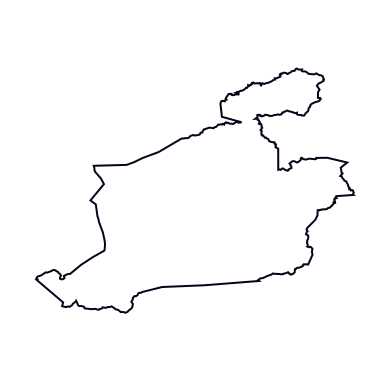 outline of Nawa, Bas-Sassandra, Ivory Coast, rotated 266°
{"feature_id": "98640826B56207519899242", "entity_name": "Nawa", "entity_type": "district", "adm_level": 2, "iso_a3": "CIV", "parent_name": "Ivory Coast", "parent_adm1": "Bas-Sassandra", "projection": "equal_earth", "projection_center": [-6.491, 5.911], "detail": "fine", "context": "isolated", "style": "outline", "palette": "ink", "viewbox_px": 384, "rotation_deg": 266, "n_neighbors": 0, "source": "geoboundaries", "source_scale": "gbopen_adm2", "svg_char_len": 6036}
<svg xmlns="http://www.w3.org/2000/svg" viewBox="0 0 384 384"><g transform="rotate(266 192 192)"><path d="M98.6,252.9L99.0,252.5L99.2,251.4L101.0,254.0L101.2,256.9L103.2,261.9L103.9,265.0L105.1,267.1L104.6,268.7L104.1,273.6L103.6,275.1L103.9,276.6L103.6,277.0L104.2,278.0L104.5,280.2L105.3,282.2L105.2,282.5L104.0,283.0L103.6,283.9L102.8,284.4L102.6,285.0L102.9,285.4L103.3,287.2L104.9,288.9L107.2,289.1L107.9,289.5L107.6,289.9L108.8,291.0L109.1,292.1L108.9,293.3L110.3,297.3L111.2,297.4L111.7,298.4L112.1,298.5L111.8,300.2L112.0,301.0L111.5,302.8L121.1,307.9L123.9,307.4L127.0,308.2L128.9,306.6L129.1,305.8L128.8,304.5L129.6,303.2L129.9,303.6L131.3,303.8L133.2,303.1L133.6,303.4L135.6,303.5L136.8,304.4L139.4,305.0L140.8,304.6L141.6,302.9L142.1,302.7L142.7,303.3L144.0,303.6L144.8,304.5L146.7,303.6L148.0,304.3L155.6,313.0L159.8,315.5L165.1,316.1L165.2,317.3L164.8,318.0L165.3,318.6L165.2,319.5L165.5,320.3L165.5,325.1L166.5,326.5L166.9,328.7L167.8,329.3L168.5,330.6L169.3,331.0L169.5,331.6L170.6,332.3L171.4,332.4L171.0,333.2L171.3,333.5L171.2,334.0L172.7,334.0L173.1,333.3L174.2,333.6L174.6,333.4L175.2,333.7L175.4,334.6L175.8,334.5L175.9,335.7L176.6,335.1L177.8,335.6L177.8,352.4L178.0,352.1L179.9,353.3L182.3,352.6L182.6,352.2L182.5,350.6L183.1,350.5L183.6,349.3L184.2,349.9L184.6,349.8L185.0,348.9L185.6,349.0L186.2,348.5L189.0,347.9L190.1,347.1L191.8,346.7L192.5,344.9L193.3,344.7L195.3,343.1L197.2,342.3L197.6,341.1L200.0,343.5L200.8,342.6L205.9,342.1L210.6,348.9L216.7,329.3L217.3,318.3L216.4,318.2L216.1,316.9L217.1,311.4L216.4,307.8L217.1,305.0L218.2,304.4L218.5,303.7L218.1,302.9L216.5,302.8L214.6,300.3L214.1,298.7L215.2,297.0L215.8,295.0L215.6,294.2L214.3,292.1L213.6,291.3L212.6,292.3L211.6,292.1L210.3,292.9L208.9,292.8L208.2,290.7L207.6,289.8L206.9,289.7L206.6,289.2L206.7,288.2L208.0,285.8L209.2,284.3L209.1,283.6L207.9,282.0L208.4,280.9L208.1,279.6L229.2,281.0L230.9,278.4L232.3,279.0L233.3,278.3L233.8,278.9L234.9,277.7L235.9,277.7L236.1,275.7L237.1,272.7L239.4,271.8L240.4,270.0L241.1,269.7L241.1,268.5L243.4,266.9L243.4,265.9L244.0,265.5L244.7,265.7L245.2,265.2L248.1,265.8L248.7,264.7L249.0,264.7L251.0,266.5L251.8,265.9L252.9,266.2L255.0,265.6L255.0,264.3L255.8,264.5L255.8,263.6L257.6,264.3L258.4,264.0L259.3,262.7L259.7,262.9L259.7,262.6L260.2,262.5L260.6,261.5L260.6,260.2L262.1,262.5L263.0,262.8L264.1,262.4L264.4,263.6L264.0,265.6L263.4,266.1L262.9,265.8L262.5,267.0L262.9,268.0L262.9,268.9L263.5,269.5L264.0,270.7L263.6,271.6L263.4,273.0L262.4,274.9L262.4,277.5L263.1,279.8L263.1,281.7L263.4,283.1L262.9,284.5L263.2,285.8L263.1,286.5L265.0,287.7L264.8,288.6L265.7,289.5L265.7,290.5L266.6,292.1L266.3,293.4L265.7,294.3L265.5,295.8L264.6,297.2L264.7,298.2L263.6,299.7L263.4,301.6L263.7,302.2L262.2,302.2L261.5,303.4L261.3,306.1L261.0,306.9L260.5,307.1L260.4,309.2L262.6,310.8L264.6,313.5L267.3,314.2L269.2,316.0L270.4,316.1L270.9,316.6L271.5,317.4L272.9,320.7L273.9,325.0L274.4,325.8L275.9,326.9L276.9,326.3L276.8,324.8L277.1,324.2L282.8,324.7L285.2,326.4L289.2,324.0L291.4,325.8L292.1,327.9L293.8,331.1L294.7,330.8L295.4,331.5L296.9,330.7L298.6,330.4L299.6,328.1L299.7,327.1L301.7,324.2L301.0,322.8L300.9,322.0L301.2,319.2L301.6,318.3L301.6,316.7L303.6,314.7L304.5,312.8L304.6,310.8L304.9,310.1L306.0,309.7L306.5,310.1L306.6,307.1L307.8,305.2L307.8,304.8L307.4,304.1L305.7,302.7L305.8,300.5L304.5,298.8L303.8,296.9L303.0,295.8L303.0,295.3L303.8,294.7L304.6,292.6L304.4,291.1L303.8,290.4L304.0,289.0L303.3,288.0L302.6,288.6L301.9,288.0L301.5,288.4L300.9,288.2L299.5,284.1L299.6,282.6L298.9,282.9L298.3,282.6L298.1,281.1L297.0,279.4L295.6,275.6L295.4,273.5L294.7,271.6L295.5,270.1L295.4,269.4L295.0,268.7L294.3,269.0L293.4,268.4L293.6,268.0L294.8,268.0L296.0,267.4L296.1,266.7L295.6,265.9L296.0,264.5L295.8,262.5L295.9,262.0L296.9,261.0L296.7,259.5L296.0,259.0L295.8,259.8L294.8,258.7L294.4,256.8L294.7,255.6L293.5,256.0L293.3,255.0L292.0,254.0L292.2,253.1L290.5,251.3L289.5,248.6L289.6,247.6L288.7,245.7L288.5,243.6L287.8,243.3L287.7,242.4L287.1,243.2L287.0,245.3L286.3,245.2L285.6,245.8L286.5,244.1L286.2,243.2L286.6,242.4L286.0,241.7L285.7,239.6L285.9,238.7L286.7,238.7L287.2,238.0L286.8,237.2L287.2,236.5L287.3,235.5L283.1,232.1L282.4,232.3L281.8,232.9L281.0,231.2L280.2,231.0L280.8,228.9L280.7,227.8L278.3,226.5L264.9,227.1L258.4,245.6L257.9,245.4L257.7,245.0L258.1,244.1L257.9,243.1L258.5,242.7L258.9,241.5L257.0,237.7L257.4,236.1L257.4,234.6L258.5,233.1L258.7,231.9L258.3,231.7L258.4,231.4L258.9,231.2L259.1,230.7L257.9,228.7L257.7,228.5L257.4,228.9L257.0,228.8L257.8,227.2L257.2,226.7L257.5,225.0L257.2,224.1L257.4,222.9L255.4,220.8L255.0,218.9L254.1,218.1L255.0,213.9L253.6,208.4L253.5,208.0L252.4,207.6L251.8,206.7L250.6,206.4L250.4,204.6L249.2,204.0L248.6,203.1L248.1,198.8L248.8,197.3L248.0,194.3L246.8,193.1L246.0,191.6L246.2,188.9L245.9,187.4L246.2,185.7L234.1,161.3L229.4,145.2L225.9,136.6L223.6,128.8L225.0,95.8L222.6,96.3L220.7,96.2L218.9,96.8L211.7,102.2L206.0,104.7L190.7,90.1L186.3,95.2L174.2,96.0L172.6,96.6L168.3,97.2L158.0,100.2L150.3,101.4L145.7,101.6L140.0,100.7L139.3,99.8L134.2,89.0L127.1,76.3L118.8,64.7L118.9,63.0L118.1,60.3L117.5,59.5L117.3,58.4L114.9,58.7L114.0,57.1L114.0,55.4L114.7,54.3L115.7,54.3L117.9,55.4L119.2,54.9L119.8,54.3L120.3,53.3L121.7,52.7L122.5,51.1L123.4,50.4L123.8,48.9L123.8,47.9L123.0,46.3L121.7,42.0L122.0,40.4L119.5,36.0L118.7,33.6L118.6,32.5L117.6,31.2L116.4,30.7L115.4,32.0L114.9,31.7L114.9,31.2L114.5,31.6L90.9,55.7L87.2,54.5L87.0,54.9L85.9,58.5L86.4,59.7L86.4,60.8L86.0,62.2L86.6,62.8L87.4,64.4L88.6,65.2L90.9,68.3L91.6,68.8L86.6,70.7L86.1,71.6L86.0,73.4L85.3,75.8L84.8,76.4L83.4,76.7L82.1,83.7L82.2,87.1L81.0,90.5L81.4,91.6L81.7,91.8L82.0,93.7L82.8,94.8L83.2,94.9L82.6,96.7L82.6,98.7L83.2,100.3L82.9,101.4L83.5,103.8L81.3,106.7L80.4,107.3L79.6,110.0L77.2,112.6L77.1,115.0L76.2,117.2L76.9,119.3L78.0,120.4L80.3,123.7L81.4,124.4L84.5,125.2L86.8,123.9L89.4,125.6L90.4,125.6L92.2,127.4L91.9,128.6L92.9,130.5L94.5,131.2L95.0,131.8L94.9,133.3L95.4,134.9L95.7,135.2L99.3,155.5L98.1,197.6L98.6,252.9Z" fill="none" stroke="#020617" stroke-width="2"/></g></svg>